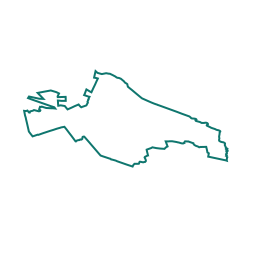 Krišjāņu pag., Balvu, Latvia, rotated 202°
{"feature_id": "27541924B18316673123467", "entity_name": "Krišjāņu pag.", "entity_type": "district", "adm_level": 2, "iso_a3": "LVA", "parent_name": "Latvia", "parent_adm1": "Balvu", "projection": "natural_earth1", "projection_center": [27.279, 56.822], "detail": "fine", "context": "isolated", "style": "outline", "palette": "teal", "viewbox_px": 256, "rotation_deg": 202, "n_neighbors": 0, "source": "geoboundaries", "source_scale": "gbopen_adm2", "svg_char_len": 5359}
<svg xmlns="http://www.w3.org/2000/svg" viewBox="0 0 256 256"><g transform="rotate(202 128 128)"><path d="M230.7,105.0L228.2,101.1L226.7,99.3L225.8,97.9L223.8,95.1L221.5,91.8L219.2,88.5L218.6,87.6L216.5,86.3L213.3,84.5L212.1,85.5L209.2,88.0L208.5,88.1L204.1,92.0L203.6,92.4L199.1,96.2L196.5,98.3L193.7,100.7L191.9,102.1L191.1,102.7L190.2,103.5L188.8,104.4L188.0,104.9L187.4,105.3L186.9,105.0L186.7,104.9L184.7,103.8L180.2,101.1L177.6,99.6L176.8,99.1L171.7,96.0L171.3,96.0L170.9,97.0L170.7,97.1L170.2,97.6L169.8,97.9L169.6,98.1L169.4,98.2L168.8,98.5L168.5,98.6L168.4,98.7L168.3,98.9L168.2,99.1L168.1,99.4L167.8,99.6L167.0,99.7L166.6,100.1L166.3,100.8L166.3,101.0L166.6,101.6L166.6,102.1L166.7,102.6L166.7,102.8L165.9,103.4L165.6,103.6L164.9,103.4L158.0,99.9L156.7,99.2L145.1,93.2L143.9,92.6L143.2,92.3L143.1,92.2L140.9,92.3L136.1,92.6L132.9,92.8L132.7,92.9L131.8,92.5L131.2,92.7L130.6,92.8L127.1,93.2L125.6,93.1L115.4,93.6L109.3,94.0L109.2,95.6L108.7,96.8L108.6,97.2L108.1,97.4L104.8,98.8L104.6,98.9L104.6,99.0L104.5,99.4L104.6,100.2L104.6,100.8L104.5,101.1L104.3,101.2L104.1,101.3L101.3,101.8L101.1,101.9L100.8,102.0L100.6,102.2L100.3,102.5L99.4,103.0L99.3,103.3L99.1,103.8L99.1,104.1L99.3,104.6L99.4,104.8L100.1,105.6L101.5,106.8L101.6,107.0L101.5,107.3L101.4,107.7L100.4,108.8L99.4,110.0L99.2,110.1L101.6,113.4L102.5,114.7L102.6,114.9L98.8,118.3L98.2,119.2L94.1,120.0L90.4,121.0L86.8,122.2L86.4,122.3L85.6,124.2L85.2,124.8L84.4,125.7L88.0,129.7L85.3,130.8L84.6,131.2L82.5,132.1L82.3,132.2L77.7,133.2L76.8,133.3L75.3,133.6L74.0,133.7L72.9,133.8L72.4,133.9L71.1,134.3L70.9,134.5L71.0,134.5L70.9,134.6L70.7,135.0L70.5,135.4L70.1,137.0L67.5,137.9L67.2,138.1L62.0,138.3L61.9,138.2L61.7,138.3L61.5,138.0L60.6,137.4L60.3,137.2L59.9,137.1L59.1,137.0L58.3,136.9L57.9,136.9L56.8,137.0L56.4,137.0L55.1,136.9L54.8,136.8L54.6,136.9L53.3,137.8L52.8,137.9L51.5,138.5L48.4,139.8L47.5,138.5L47.1,138.0L45.9,136.2L45.2,135.1L43.6,134.8L42.9,131.5L25.4,134.6L24.1,134.7L24.4,135.1L24.6,135.7L25.0,137.4L25.0,138.1L25.4,138.2L25.9,138.5L26.0,138.6L26.1,138.9L26.1,139.0L26.5,139.0L26.4,139.3L26.3,139.5L26.2,139.6L26.3,139.7L26.9,140.0L27.1,140.2L27.0,140.3L27.1,140.6L27.2,140.9L27.0,141.1L26.8,141.3L26.8,141.5L26.8,141.8L27.0,142.0L27.4,142.5L28.0,143.0L28.0,143.3L27.8,143.4L27.5,143.5L27.1,143.8L27.0,144.1L27.1,144.3L27.3,144.4L27.5,144.4L27.7,144.2L28.0,144.2L28.3,144.2L28.6,144.4L28.2,144.7L27.9,144.9L27.9,145.0L28.1,145.3L28.1,145.6L28.0,145.8L28.0,146.0L28.3,146.1L28.7,145.9L29.0,145.8L29.3,145.8L29.5,145.9L29.8,146.0L30.0,146.4L30.0,146.7L30.2,146.8L30.6,147.3L31.7,148.2L31.9,148.5L32.0,148.8L32.0,149.0L32.0,149.4L32.3,150.1L33.1,150.3L33.9,150.5L34.5,150.4L35.3,150.2L35.9,150.1L36.3,150.1L36.7,150.0L37.5,150.1L37.9,150.1L38.4,150.2L38.6,150.4L38.8,150.5L39.0,150.9L39.1,151.1L39.3,152.0L39.4,152.7L39.7,153.1L40.2,153.9L40.3,154.2L40.4,154.5L40.7,156.0L40.9,156.9L41.1,157.4L41.3,158.0L41.4,158.3L41.4,158.5L41.1,159.0L41.1,159.3L41.2,159.5L41.6,159.7L42.2,159.8L42.9,159.8L43.2,159.8L44.3,159.6L44.9,159.5L45.7,159.5L46.8,159.6L47.2,159.6L50.0,159.4L50.9,159.4L51.5,159.4L51.9,159.5L53.3,159.6L55.5,159.7L55.9,159.8L56.0,159.9L56.0,160.1L56.0,160.3L55.9,160.5L55.4,160.9L55.3,161.1L55.3,161.3L55.3,161.5L55.6,161.9L55.8,162.0L56.2,162.2L56.6,162.2L56.9,162.2L57.4,162.2L57.7,162.1L58.2,161.9L58.5,161.8L59.0,161.4L59.8,161.0L60.8,160.6L61.6,160.3L61.9,160.3L63.5,160.5L66.8,160.1L67.4,160.0L67.6,160.0L67.9,160.1L68.2,160.3L68.3,160.4L68.4,160.5L68.3,160.9L67.8,161.3L67.7,161.4L67.7,161.5L67.9,161.6L68.4,161.8L68.7,161.8L69.3,161.7L69.8,161.6L70.8,161.3L72.3,160.8L72.5,160.8L73.0,160.8L73.3,160.9L73.8,161.2L75.0,161.6L75.3,161.7L75.6,161.7L83.3,161.4L83.5,161.4L88.9,161.3L108.1,160.6L109.3,160.5L109.9,160.6L110.7,160.5L112.9,160.4L115.6,160.4L119.4,160.5L125.0,160.7L125.9,160.7L127.7,161.2L129.6,161.8L134.6,163.4L139.2,164.9L140.0,165.1L143.2,166.1L143.4,166.3L143.6,166.3L144.1,166.9L144.9,168.1L145.0,168.3L145.4,168.5L145.7,168.6L148.0,169.0L148.9,169.6L149.3,169.8L153.1,171.0L153.3,171.0L153.6,171.0L154.7,171.0L155.2,171.0L156.6,170.6L157.1,170.6L157.6,170.6L158.6,170.9L159.0,171.0L161.9,171.3L165.2,171.5L165.9,171.2L168.8,170.6L172.3,168.3L172.5,168.2L174.0,168.0L176.9,167.7L177.0,167.7L179.4,168.6L178.3,162.0L175.7,162.5L174.5,162.6L174.6,160.6L174.7,159.1L174.8,156.0L175.1,151.7L175.3,147.4L176.5,147.5L181.0,148.2L181.0,146.6L180.9,143.8L181.0,142.1L176.5,142.3L175.4,142.5L175.5,139.6L175.3,139.6L175.4,137.2L174.7,136.4L174.8,136.1L174.9,135.3L175.0,133.7L175.1,133.4L175.2,133.2L175.9,132.6L178.4,130.4L178.6,130.2L178.8,130.0L179.1,129.7L179.8,129.9L181.6,130.7L182.6,131.3L185.7,128.2L187.8,125.9L191.0,122.6L194.9,124.7L198.9,123.8L201.0,122.5L201.6,123.6L203.3,127.2L202.4,127.5L199.9,128.2L195.9,129.8L197.2,132.9L197.5,133.5L204.7,130.3L205.0,130.8L204.9,131.0L205.0,131.1L205.1,131.3L204.9,134.2L208.0,134.4L213.4,133.9L213.6,133.9L218.2,131.0L224.9,126.7L222.3,125.5L222.2,125.5L221.5,125.2L221.4,125.2L217.3,123.3L221.2,121.9L231.6,120.1L231.9,118.3L227.8,118.4L206.8,119.4L206.2,119.5L205.5,119.5L204.6,119.6L204.1,119.6L202.8,118.8L205.2,118.1L206.7,117.5L211.4,115.9L216.0,115.5L216.5,114.9L217.5,114.7L217.4,112.1L215.9,111.6L215.9,110.9L216.8,110.1L221.9,109.4L222.6,108.5L223.2,108.0L224.9,106.8L224.9,105.5L225.6,105.3L227.8,106.5L228.9,105.5L230.7,105.0Z" fill="none" stroke="#0f766e" stroke-width="2"/></g></svg>